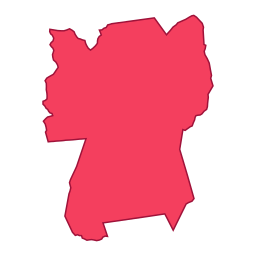 outline of Sousa, Paraíba, Brazil
{"feature_id": "56859067B56829642718172", "entity_name": "Sousa", "entity_type": "district", "adm_level": 2, "iso_a3": "BRA", "parent_name": "Brazil", "parent_adm1": "Paraíba", "projection": "robinson", "projection_center": [-38.258, -6.752], "detail": "fine", "context": "isolated", "style": "filled", "palette": "rose", "viewbox_px": 256, "rotation_deg": 0, "n_neighbors": 0, "source": "geoboundaries", "source_scale": "gbopen_adm2", "svg_char_len": 2111}
<svg xmlns="http://www.w3.org/2000/svg" viewBox="0 0 256 256"><path d="M48.2,141.8L51.4,141.5L53.6,141.4L55.9,141.1L59.2,140.9L61.9,140.7L63.9,140.5L65.8,140.2L67.8,140.1L69.9,140.0L72.7,139.8L74.8,139.6L76.7,139.4L79.4,139.1L82.0,139.0L84.1,138.8L86.0,138.7L76.7,166.3L75.3,169.4L72.5,175.3L70.5,179.6L69.5,182.7L70.8,187.8L70.0,191.1L69.0,193.8L64.9,216.1L72.5,232.3L75.3,235.4L77.6,234.7L79.4,235.6L81.5,235.6L82.3,238.1L84.2,238.8L86.9,240.2L89.4,239.8L91.7,239.6L94.0,240.0L96.6,240.6L99.2,240.1L101.7,239.0L102.9,237.1L105.2,236.1L107.5,236.4L103.0,222.9L148.1,216.4L164.8,213.9L166.4,216.9L173.2,230.2L186.1,204.0L188.5,202.6L192.0,201.2L194.0,198.6L187.5,175.7L179.7,149.4L182.9,129.6L185.1,130.4L187.6,128.6L190.1,126.8L192.2,125.9L193.3,122.8L194.6,119.9L195.1,117.3L196.0,115.6L198.0,115.2L200.1,115.0L201.9,113.9L204.1,111.2L206.6,109.4L207.4,106.7L207.6,103.4L207.9,100.7L208.3,97.3L208.0,94.4L213.0,85.9L210.7,78.3L211.5,75.5L210.3,69.2L209.9,66.8L209.2,63.0L207.2,58.6L204.9,54.6L204.2,51.3L205.2,48.7L205.8,45.3L204.0,44.5L203.1,29.9L203.5,27.2L202.2,23.3L196.5,17.2L193.8,15.4L191.8,15.8L189.4,17.1L185.6,19.4L177.8,22.8L176.2,24.8L173.0,27.1L170.3,30.5L168.0,33.0L166.5,34.8L154.3,17.9L111.8,23.7L109.7,24.4L107.7,24.9L106.2,27.5L104.0,28.2L101.9,29.9L99.4,30.1L100.4,32.5L101.3,35.0L99.2,36.5L97.9,38.7L97.5,40.8L97.4,43.3L95.5,45.8L93.0,48.2L90.5,50.1L88.3,48.3L86.7,45.7L85.6,43.3L84.9,40.5L82.2,39.8L80.4,39.0L78.2,38.5L76.8,37.0L75.1,34.3L74.1,31.8L72.2,30.3L69.6,28.8L66.4,30.1L63.9,30.8L61.3,30.8L57.8,30.6L49.9,29.3L49.7,31.6L50.7,33.9L52.3,35.2L53.7,38.1L53.1,40.8L51.0,42.8L50.0,44.7L51.3,46.6L52.9,48.2L53.8,50.4L53.2,52.6L52.5,54.6L52.8,57.1L53.5,60.0L55.9,62.1L57.5,64.9L58.2,67.4L56.6,69.6L55.0,72.0L53.4,74.3L50.7,75.8L48.9,76.8L46.8,78.1L45.1,80.7L46.3,83.3L46.4,86.6L46.3,89.8L46.9,93.1L47.1,95.8L47.0,98.9L45.3,100.4L43.0,101.3L43.0,104.2L44.9,106.1L46.1,108.3L47.7,109.4L48.6,111.2L50.0,112.9L52.0,113.5L52.7,115.6L50.0,116.4L47.6,117.0L45.7,118.7L43.4,121.2L45.2,124.0L46.1,127.2L46.6,130.3L45.5,132.1L48.2,141.8Z" fill="#f43f5e" stroke="#9f1239" stroke-width="1.5"/></svg>